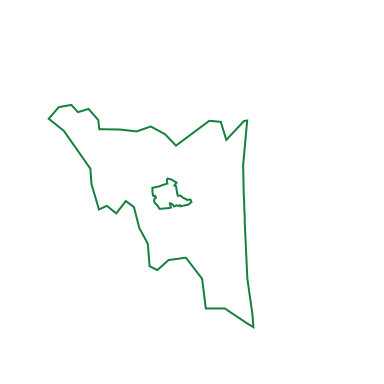 Khiva, Khorezm, Uzbekistan (Natural Earth projection), rotated 235°
{"feature_id": "79887680B67856776963689", "entity_name": "Khiva", "entity_type": "district", "adm_level": 2, "iso_a3": "UZB", "parent_name": "Uzbekistan", "parent_adm1": "Khorezm", "projection": "natural_earth1", "projection_center": [60.362, 41.359], "detail": "fine", "context": "isolated", "style": "outline", "palette": "green", "viewbox_px": 384, "rotation_deg": 235, "n_neighbors": 0, "source": "geoboundaries", "source_scale": "gbopen_adm2", "svg_char_len": 1252}
<svg xmlns="http://www.w3.org/2000/svg" viewBox="0 0 384 384"><g transform="rotate(235 192 192)"><path d="M334.2,116.6L315.7,122.1L292.0,122.1L269.4,122.1L256.1,114.2L231.1,105.8L229.5,114.3L217.9,117.7L222.6,132.6L212.9,135.8L192.8,128.2L174.9,126.1L155.6,114.7L147.9,118.8L149.7,133.8L141.7,149.3L115.1,150.5L88.7,136.5L77.8,152.1L69.1,155.4L52.7,161.8L46.1,164.8L57.3,171.4L89.4,187.7L136.9,217.8L142.1,221.4L146.2,223.9L155.1,229.7L163.1,234.8L167.7,237.9L184.9,249.5L218.9,278.2L220.3,275.3L215.0,250.0L233.0,255.8L240.4,247.0L239.2,205.5L254.9,203.0L269.3,195.8L273.4,181.4L284.6,168.7L296.6,152.1L304.7,156.5L319.4,154.9L322.8,144.4L332.6,143.1L337.9,131.5L334.2,116.6ZM206.6,156.0L208.3,157.8L208.0,159.1L209.9,159.6L211.3,158.0L214.2,159.3L218.1,161.9L215.2,169.0L214.9,170.9L213.0,176.7L216.3,178.2L217.0,179.8L214.3,182.1L208.6,184.7L207.4,181.3L206.0,182.3L199.7,179.2L199.1,179.0L197.0,178.2L195.9,180.2L194.3,181.0L193.3,181.0L191.2,182.0L189.7,183.0L188.5,183.2L186.8,186.2L186.3,186.4L184.2,185.9L183.7,182.0L186.9,174.3L188.0,174.6L188.6,172.6L189.8,172.0L190.5,169.0L192.4,169.0L195.1,167.9L195.4,167.3L191.4,165.8L191.7,164.5L196.8,155.7L201.0,156.0L204.6,155.2L206.6,156.0Z" fill="none" stroke="#15803d" stroke-width="2"/></g></svg>